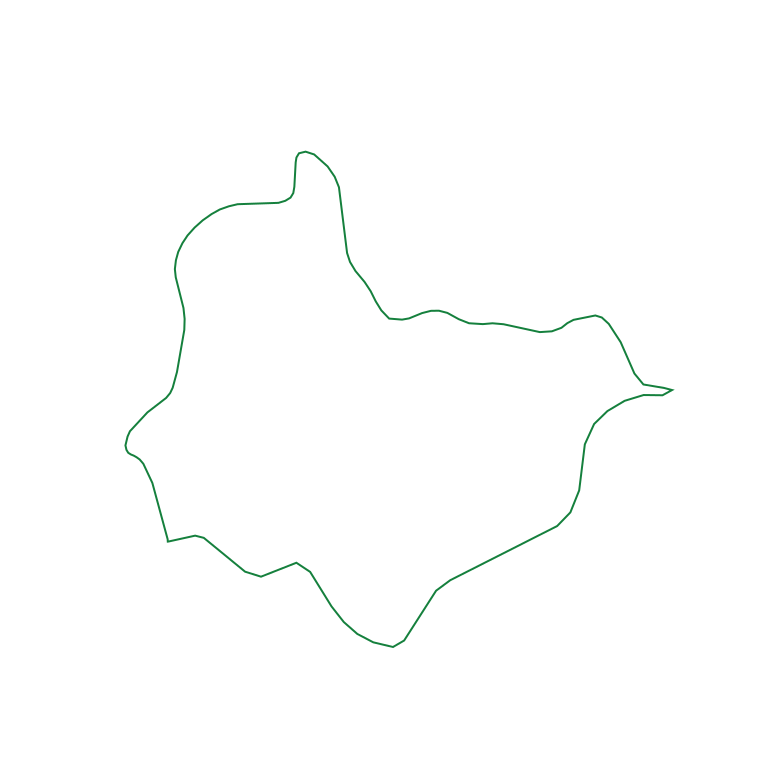 Butha-Buthe, orthographic projection, rotated 157°
{"feature_id": "LSO-1211", "entity_name": "Butha-Buthe", "entity_type": "District", "adm_level": 1, "iso_a3": "LSO", "parent_name": "Lesotho", "parent_adm1": "", "projection": "orthographic", "projection_center": [28.556, -28.822], "detail": "fine", "context": "isolated", "style": "outline", "palette": "green", "viewbox_px": 768, "rotation_deg": 157, "n_neighbors": 0, "source": "natural_earth", "source_scale": "10m", "svg_char_len": 1402}
<svg xmlns="http://www.w3.org/2000/svg" viewBox="0 0 768 768"><g transform="rotate(157 384 384)"><path d="M478.5,138.4L494.8,150.4L506.2,164.3L514.0,180.5L519.2,199.7L525.4,239.9L534.5,253.7L572.5,254.7L585.2,265.5L610.0,312.8L617.1,318.2L643.9,323.2L644.6,323.4L643.8,325.7L635.9,383.4L636.7,404.6L638.4,410.0L640.4,413.3L642.4,415.9L644.5,418.0L646.3,420.6L646.8,424.0L646.0,428.5L640.6,435.8L636.3,439.8L612.9,450.3L590.0,456.3L584.4,459.2L580.0,463.1L569.9,475.9L546.7,511.8L542.1,521.8L538.9,532.3L534.0,563.6L531.6,571.5L527.2,579.2L521.8,586.0L514.5,592.4L506.8,597.5L497.2,602.0L486.9,605.5L476.3,607.8L467.0,608.8L457.4,608.2L448.5,606.7L410.4,592.0L403.3,591.2L397.2,592.1L392.9,595.2L389.5,600.5L378.7,622.5L376.1,626.7L372.1,629.6L365.4,628.5L358.6,622.6L350.9,606.3L348.4,594.0L348.6,582.7L366.8,519.0L367.6,509.6L366.1,499.0L362.0,485.5L360.0,474.6L359.3,463.2L357.7,452.8L353.7,442.2L342.2,436.2L335.3,434.6L321.2,434.4L312.2,433.0L304.8,430.0L297.9,424.7L289.8,414.4L282.0,406.7L269.6,400.5L260.4,397.5L250.6,392.3L220.3,370.9L208.9,366.9L198.7,366.4L191.4,368.4L184.5,369.0L162.7,364.5L157.5,360.1L153.6,351.5L149.8,330.0L149.4,295.8L145.4,282.2L127.7,270.9L121.2,265.9L132.0,264.8L149.3,272.4L169.1,274.5L188.9,271.8L206.2,265.1L222.7,250.0L245.9,209.8L262.6,193.0L280.1,185.6L399.7,177.5L416.8,173.4L465.7,140.0L478.5,138.4Z" fill="none" stroke="#15803d" stroke-width="2"/></g></svg>